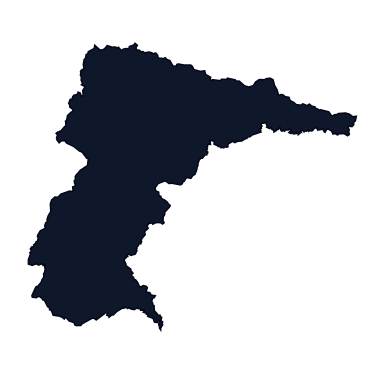 Ban Rai, Uthai Thani, Thailand (orthographic projection), rotated 95°
{"feature_id": "78962969B36547770218976", "entity_name": "Ban Rai", "entity_type": "district", "adm_level": 2, "iso_a3": "THA", "parent_name": "Thailand", "parent_adm1": "Uthai Thani", "projection": "orthographic", "projection_center": [99.463, 15.37], "detail": "fine", "context": "isolated", "style": "filled", "palette": "ink", "viewbox_px": 384, "rotation_deg": 95, "n_neighbors": 0, "source": "geoboundaries", "source_scale": "gbopen_adm2", "svg_char_len": 5982}
<svg xmlns="http://www.w3.org/2000/svg" viewBox="0 0 384 384"><g transform="rotate(95 192 192)"><path d="M122.4,41.9L121.0,40.3L117.9,41.2L116.5,40.7L113.7,42.4L112.9,41.5L112.9,38.3L111.1,36.8L107.8,36.8L107.0,35.4L102.2,34.9L103.0,38.3L100.8,41.8L99.9,46.0L101.1,53.2L102.2,54.3L102.6,56.9L103.8,58.1L104.0,59.5L100.2,62.7L98.8,71.5L99.7,72.6L98.4,73.8L98.0,75.9L96.5,76.9L96.0,80.1L94.2,82.8L95.9,84.8L94.5,89.4L96.0,90.7L95.8,95.9L93.8,98.5L92.4,102.2L89.2,103.6L88.9,107.6L87.6,109.1L87.0,111.4L88.1,114.1L82.5,116.3L78.6,119.1L73.1,121.0L71.8,124.0L72.6,128.0L73.8,129.3L74.1,134.8L76.9,138.3L80.6,140.1L82.5,144.5L81.6,148.9L77.4,154.6L77.7,157.9L76.5,158.7L75.5,166.6L76.8,167.3L77.1,172.4L78.6,173.5L78.3,181.4L79.4,182.2L78.2,183.8L76.1,183.4L73.6,188.8L70.1,189.9L71.1,194.2L69.9,200.7L66.7,202.7L65.6,204.4L66.2,211.0L65.6,216.7L66.2,218.2L67.9,218.6L68.2,221.9L63.0,225.5L62.1,228.7L60.5,230.4L61.5,231.9L61.5,237.4L58.8,238.1L56.7,240.2L57.6,242.9L56.7,244.3L56.3,247.2L57.5,251.3L56.3,253.2L56.9,254.5L55.3,256.9L55.3,259.9L52.7,260.3L50.6,259.2L48.8,261.7L50.7,262.9L52.5,267.1L54.2,267.3L55.1,268.3L54.7,269.6L55.6,272.8L57.2,274.7L54.2,277.9L55.2,279.0L54.6,279.6L54.2,282.2L54.8,283.5L53.5,289.2L56.8,291.5L58.1,293.3L58.6,295.9L54.3,301.7L57.5,301.9L61.3,307.6L63.1,307.7L64.4,309.5L67.7,309.6L69.5,311.0L74.4,311.4L78.5,310.3L80.4,313.0L82.0,313.6L83.1,313.0L85.2,313.4L87.3,312.2L90.3,312.2L93.7,310.4L94.8,311.5L96.4,307.7L100.5,309.7L105.2,308.8L106.4,310.5L103.2,311.9L102.4,314.1L104.9,315.0L105.8,317.9L107.2,319.1L109.9,319.6L110.3,321.4L114.5,322.6L115.5,321.6L118.1,321.1L120.1,317.8L122.2,317.8L122.9,318.2L122.7,319.1L126.6,322.6L131.5,323.2L132.4,324.2L137.0,323.3L137.8,324.5L142.8,328.1L143.1,329.3L144.0,329.8L143.8,330.7L145.4,332.5L146.8,330.9L149.7,331.7L151.9,331.1L154.6,328.7L152.2,326.2L152.2,323.0L154.2,321.2L156.8,314.1L161.1,307.5L161.8,305.0L167.6,299.8L167.7,298.2L174.7,298.4L180.2,305.3L185.7,309.2L187.1,309.7L189.6,309.1L191.0,310.3L193.9,309.6L195.1,308.6L196.7,309.7L197.3,311.3L201.8,310.5L201.8,314.2L205.5,322.4L208.9,325.1L208.9,328.1L212.1,331.1L216.1,332.1L223.8,331.0L228.0,333.1L231.7,334.0L234.3,333.6L235.3,335.0L238.5,335.8L240.9,335.0L243.8,339.7L248.5,342.0L249.7,341.4L250.0,342.0L251.3,341.1L254.5,341.8L255.6,343.3L256.4,343.1L258.4,345.0L258.7,344.3L260.4,345.4L260.6,346.9L262.8,348.1L264.2,347.0L265.8,347.3L266.5,348.3L267.6,347.5L273.6,349.1L278.1,348.7L279.0,344.8L277.2,341.0L278.2,338.4L276.6,335.4L278.3,333.8L277.8,332.6L277.1,333.4L276.7,332.5L280.6,332.0L280.8,331.4L284.8,331.9L286.2,332.7L289.8,332.2L292.4,333.8L294.9,334.3L299.8,337.8L299.7,338.8L300.6,339.4L309.3,342.5L310.7,341.9L310.9,337.9L309.5,336.2L309.5,334.6L311.3,331.7L312.5,331.3L312.7,329.6L318.9,325.8L319.5,324.0L321.6,323.7L322.3,321.8L326.9,319.5L327.2,313.6L328.1,310.4L329.7,308.2L328.2,307.3L328.1,306.4L331.2,303.2L332.4,298.2L334.7,297.1L335.2,295.2L334.6,291.0L332.9,290.0L326.3,280.2L326.5,278.4L327.8,276.2L319.7,267.3L320.4,265.6L322.2,266.2L322.6,264.1L324.0,263.7L321.7,261.4L321.3,259.6L317.5,256.4L313.8,251.3L313.8,249.8L313.0,249.6L313.1,246.0L313.6,245.7L312.7,245.1L314.0,242.2L314.2,239.2L312.0,236.2L312.7,235.9L313.2,233.1L314.3,232.8L313.9,229.2L314.6,228.8L315.9,230.1L316.9,226.5L317.7,226.8L318.6,224.6L319.8,225.2L321.3,219.7L324.9,218.1L325.1,214.8L323.1,214.7L322.6,213.4L325.0,212.8L325.6,213.5L327.6,213.5L329.2,212.3L330.2,212.7L332.1,211.2L330.2,211.3L326.8,209.6L325.8,210.4L324.1,209.8L322.7,211.7L319.6,211.3L319.5,212.1L317.6,213.0L317.8,214.6L313.4,219.2L308.4,219.9L308.4,221.1L305.9,221.5L304.8,222.6L302.0,222.2L300.6,221.1L300.6,220.4L298.5,219.5L298.3,223.6L295.9,225.3L295.6,229.2L291.3,228.1L290.0,229.2L289.4,232.3L290.8,234.4L290.6,236.2L286.7,238.4L284.3,240.6L284.7,241.8L282.0,242.8L281.3,244.4L279.9,245.1L278.0,243.7L277.1,244.3L277.5,244.8L276.9,245.5L274.1,246.3L270.9,251.7L269.8,251.4L265.4,253.9L262.7,251.5L262.2,251.8L261.7,250.4L260.7,251.0L259.4,249.5L260.5,247.2L258.7,243.0L255.0,241.7L253.6,242.6L252.8,241.9L252.2,242.5L250.4,240.9L248.3,240.6L248.2,238.6L245.6,237.8L244.8,238.6L242.4,237.7L238.7,234.9L235.5,235.7L232.0,232.5L229.7,233.8L227.2,232.3L226.3,229.2L227.5,228.2L226.0,226.0L225.3,222.9L225.5,220.2L226.5,218.6L225.3,217.2L224.3,217.4L224.0,218.3L219.3,218.5L216.9,217.2L214.5,217.4L209.0,213.1L207.3,212.5L205.6,214.9L204.1,215.7L204.2,216.7L203.0,217.3L201.0,221.9L199.0,222.7L198.4,224.6L195.0,225.2L194.0,228.3L191.0,229.1L186.5,226.4L183.2,219.7L185.6,215.5L185.0,213.3L185.9,204.0L184.5,202.3L183.2,202.3L181.8,200.5L178.9,199.4L178.1,197.5L178.5,194.3L175.4,192.5L174.2,190.6L169.8,189.3L165.4,188.9L165.2,188.3L163.6,188.6L159.7,187.7L157.5,186.0L157.5,184.6L154.0,182.3L153.6,180.4L152.2,180.5L151.9,179.8L150.7,179.8L150.1,181.2L147.7,180.4L147.1,181.5L145.8,180.5L143.0,180.4L143.0,177.7L138.7,178.6L139.8,174.1L142.4,174.3L143.4,171.5L143.1,170.7L144.4,170.0L144.5,167.4L145.4,166.9L144.7,166.4L145.3,164.2L144.2,163.8L144.3,161.0L143.8,160.1L142.1,160.5L140.8,159.9L137.9,155.7L139.1,153.8L137.4,150.6L136.9,146.9L134.3,143.6L133.9,142.0L132.5,141.8L131.9,139.0L130.0,137.1L126.3,128.6L125.8,129.3L124.9,128.8L123.2,130.3L122.7,128.5L120.8,128.9L120.5,128.1L117.9,129.1L117.2,128.0L117.3,126.4L116.1,124.9L120.1,122.7L120.9,123.3L122.1,120.2L121.3,118.9L122.9,117.7L123.4,115.9L125.1,115.6L123.3,113.1L122.1,113.0L122.2,111.5L119.9,110.1L123.1,108.6L123.6,107.6L122.8,106.5L123.4,105.0L122.1,104.6L121.8,101.4L120.4,100.7L121.8,98.9L124.4,100.7L125.1,98.5L123.7,97.4L125.3,96.3L124.5,92.3L124.8,91.0L125.5,91.0L124.3,89.8L123.7,91.0L124.0,89.7L122.6,89.5L122.9,88.4L121.8,89.0L120.9,87.4L122.2,85.8L121.5,85.8L121.4,83.0L120.2,81.7L121.4,81.0L120.6,80.1L120.8,77.9L120.0,76.9L119.3,77.2L116.9,73.8L119.5,72.0L118.6,71.1L119.0,70.3L117.9,67.4L120.6,65.4L120.0,64.9L120.6,64.5L117.6,63.1L117.6,61.4L119.1,58.3L122.0,56.6L121.3,54.7L122.5,52.0L121.2,50.4L120.6,45.6L122.4,41.9Z" fill="#0f172a" stroke="#020617" stroke-width="1.5"/></g></svg>